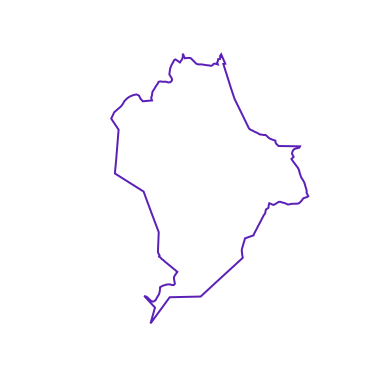 the district of Santana do Matos, Rio Grande do Norte, Brazil, rotated 117°
{"feature_id": "56859067B30783601838270", "entity_name": "Santana do Matos", "entity_type": "district", "adm_level": 2, "iso_a3": "BRA", "parent_name": "Brazil", "parent_adm1": "Rio Grande do Norte", "projection": "robinson", "projection_center": [-36.666, -5.904], "detail": "fine", "context": "isolated", "style": "outline", "palette": "violet", "viewbox_px": 384, "rotation_deg": 117, "n_neighbors": 0, "source": "geoboundaries", "source_scale": "gbopen_adm2", "svg_char_len": 2415}
<svg xmlns="http://www.w3.org/2000/svg" viewBox="0 0 384 384"><g transform="rotate(117 192 192)"><path d="M140.6,89.6L138.6,90.5L135.7,93.3L132.7,96.1L131.1,98.4L130.1,100.2L129.1,101.7L125.5,105.3L123.7,106.8L122.4,108.6L119.0,115.6L117.4,118.4L114.6,117.4L112.5,120.3L110.8,120.8L108.4,120.8L107.0,120.1L103.7,116.5L102.3,116.5L108.2,128.6L111.7,135.7L110.8,138.9L109.9,140.1L108.4,141.0L108.8,143.6L109.1,146.7L108.8,148.7L108.2,150.4L107.8,152.5L108.7,153.9L109.2,156.0L109.9,157.4L109.7,161.0L109.9,163.3L109.8,165.2L109.9,166.9L109.9,168.6L109.5,170.1L97.5,186.0L89.6,196.5L81.8,204.4L63.7,222.2L62.6,220.6L56.1,228.5L58.1,228.7L58.3,227.3L59.7,227.9L60.9,227.5L61.7,229.0L63.3,228.4L65.2,228.4L66.6,226.9L67.2,229.9L68.2,231.0L69.7,231.2L71.1,232.5L71.4,234.1L72.0,235.5L72.8,237.9L73.7,240.6L74.2,242.0L75.2,243.7L75.8,246.1L75.1,248.4L73.3,253.9L74.0,255.9L76.1,259.1L72.9,263.0L75.7,261.5L78.2,261.1L82.1,261.6L81.5,265.6L81.5,267.1L82.7,267.8L84.4,267.7L88.3,267.9L92.1,267.5L97.6,265.5L99.6,262.1L100.7,260.9L102.0,260.5L103.9,261.1L105.1,262.8L105.6,265.4L107.2,268.4L107.8,270.3L109.0,271.8L110.8,271.7L114.3,272.2L117.5,272.4L120.8,272.7L123.4,271.8L124.6,271.4L126.5,271.2L128.6,269.2L129.5,270.7L130.9,272.9L133.5,277.0L132.4,280.0L130.3,282.8L130.1,284.3L130.4,286.0L132.0,287.9L133.2,289.1L135.7,291.1L137.8,292.2L141.6,293.5L144.8,293.6L147.9,294.1L152.0,295.8L156.3,297.5L163.3,297.3L169.8,285.7L181.2,281.0L193.1,276.1L198.7,273.8L207.3,270.4L210.5,269.1L213.6,235.3L218.9,229.6L228.3,219.4L242.9,203.4L261.0,195.1L262.4,193.5L263.1,192.2L264.5,192.1L264.7,190.3L265.6,188.3L265.6,186.8L266.2,185.2L269.8,168.8L273.4,169.3L275.5,169.5L277.5,168.7L281.5,165.6L283.3,166.1L284.1,168.0L284.3,169.6L285.4,171.7L286.3,173.0L287.8,174.5L289.2,175.8L291.4,177.2L293.1,176.4L295.0,175.7L296.3,175.3L298.3,175.0L302.2,175.3L304.5,175.3L306.4,176.0L307.6,177.4L307.5,179.7L306.7,182.1L306.2,183.7L306.0,185.1L306.3,187.4L311.8,172.5L327.9,169.3L295.9,164.1L281.2,136.8L261.6,129.6L227.6,116.9L224.5,119.2L221.9,120.9L220.4,121.6L209.2,123.7L202.7,117.5L201.4,117.7L179.7,117.5L178.0,117.1L175.8,117.7L174.1,118.2L171.4,116.7L169.1,117.6L166.9,118.0L166.6,113.6L165.1,112.4L162.5,110.9L161.3,110.1L160.6,108.6L160.4,106.7L159.8,104.6L159.6,101.0L158.6,99.3L157.5,98.2L154.4,92.6L153.2,91.4L150.4,90.5L147.0,89.9L144.6,87.5L143.0,86.5L140.6,89.6Z" fill="none" stroke="#5b21b6" stroke-width="2"/></g></svg>